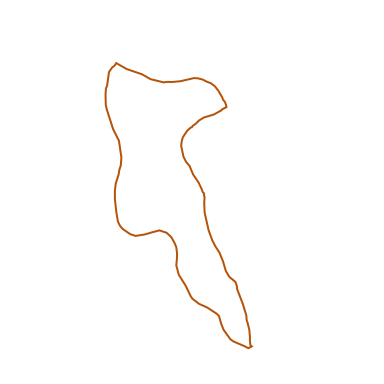 the district of Jacaltenango, Huehuetenango, Guatemala, rotated 214°
{"feature_id": "79465075B56243891035553", "entity_name": "Jacaltenango", "entity_type": "district", "adm_level": 2, "iso_a3": "GTM", "parent_name": "Guatemala", "parent_adm1": "Huehuetenango", "projection": "albers", "projection_center": [-91.75, 15.749], "detail": "fine", "context": "isolated", "style": "outline", "palette": "amber", "viewbox_px": 384, "rotation_deg": 214, "n_neighbors": 0, "source": "geoboundaries", "source_scale": "gbopen_adm2", "svg_char_len": 1533}
<svg xmlns="http://www.w3.org/2000/svg" viewBox="0 0 384 384"><g transform="rotate(214 192 192)"><path d="M326.9,256.5L326.9,253.4L327.8,250.7L327.9,245.0L321.9,232.8L321.2,229.6L318.7,225.3L316.9,222.6L312.1,215.9L308.7,212.7L292.7,200.1L281.2,193.6L269.8,181.1L265.9,174.2L264.5,169.4L262.6,165.4L260.0,156.5L256.5,149.7L251.8,142.8L243.2,132.7L236.8,126.0L232.5,123.6L228.8,122.6L219.7,122.5L214.3,124.0L207.6,130.2L202.4,136.4L197.5,142.0L190.2,144.0L183.9,143.0L178.2,140.1L174.2,137.5L170.0,132.7L167.0,127.9L164.0,122.4L156.7,116.0L144.7,110.7L134.5,104.7L131.7,103.7L123.7,103.2L115.0,104.7L103.3,104.9L100.2,104.2L94.0,99.0L88.7,95.4L77.9,91.4L73.8,91.3L71.8,91.7L62.4,93.5L58.0,94.0L56.1,97.4L58.1,97.8L61.4,101.8L62.3,103.4L67.5,109.9L73.3,115.1L75.0,116.3L78.0,120.1L87.0,127.4L100.5,136.9L102.2,139.1L105.6,141.7L113.5,142.5L115.8,143.5L120.0,145.6L127.7,152.0L130.6,153.9L135.3,157.1L142.2,160.0L148.0,163.2L156.9,169.6L170.1,182.1L176.2,190.4L178.5,194.5L180.6,196.4L181.2,197.5L183.2,198.0L185.9,200.0L192.0,203.6L200.8,207.1L208.4,212.1L213.8,213.7L218.8,216.5L226.7,224.1L228.9,228.3L230.2,232.2L230.2,240.4L229.0,244.9L228.3,245.6L228.4,247.2L227.0,250.8L226.3,254.9L223.8,260.4L217.2,268.5L213.2,276.4L213.3,277.3L210.9,281.6L212.5,283.3L215.0,285.0L218.1,286.0L219.6,287.2L226.8,290.7L232.4,292.5L237.3,292.7L241.6,291.7L246.1,291.2L250.5,289.6L253.9,287.7L263.5,277.4L270.0,272.1L274.7,269.0L276.6,267.1L289.4,262.4L299.4,261.6L314.9,257.4L326.9,256.5Z" fill="none" stroke="#b45309" stroke-width="2"/></g></svg>